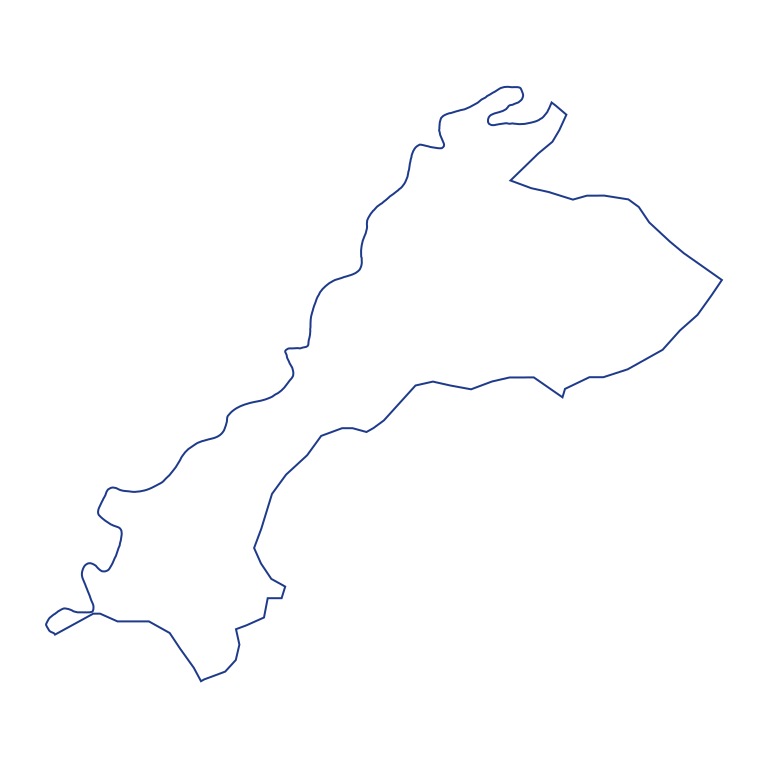 outline of Manpho City, Chagang-do, North Korea
{"feature_id": "82179303B45279105584010", "entity_name": "Manpho City", "entity_type": "district", "adm_level": 2, "iso_a3": "PRK", "parent_name": "North Korea", "parent_adm1": "Chagang-do", "projection": "albers", "projection_center": [126.267, 41.163], "detail": "fine", "context": "isolated", "style": "outline", "palette": "blue", "viewbox_px": 768, "rotation_deg": 0, "n_neighbors": 0, "source": "geoboundaries", "source_scale": "gbopen_adm2", "svg_char_len": 6021}
<svg xmlns="http://www.w3.org/2000/svg" viewBox="0 0 768 768"><path d="M711.4,295.5L721.9,280.0L683.8,253.2L669.9,241.6L649.2,222.4L638.8,207.0L628.4,199.4L604.2,195.6L586.8,195.7L572.9,199.6L548.6,192.0L531.3,188.2L510.5,180.5L538.4,153.4L552.4,141.8L559.3,130.2L566.4,114.7L555.7,105.6L551.6,102.5L549.1,108.4L548.1,110.2L547.3,112.0L545.8,113.9L543.3,116.9L541.8,118.2L540.4,118.9L538.7,120.1L536.2,121.2L533.6,122.0L531.2,122.6L524.7,123.9L520.6,124.1L518.7,124.1L513.7,123.6L512.6,123.4L509.4,123.8L507.5,123.4L506.0,123.2L498.4,124.3L494.3,125.1L491.7,125.1L490.6,124.7L489.1,123.9L488.2,122.5L488.0,121.3L488.0,120.3L488.1,119.2L488.8,117.2L490.1,115.6L491.3,114.8L494.3,113.5L496.0,113.0L498.6,112.3L502.7,111.0L504.6,110.0L506.3,109.0L507.0,108.1L507.8,107.3L508.3,106.4L508.9,105.8L510.0,105.2L512.8,104.7L514.1,104.0L518.4,102.4L521.1,100.2L522.1,98.9L522.8,97.1L523.1,95.8L523.1,94.6L522.7,93.2L521.3,89.6L520.6,88.3L519.7,87.6L518.0,87.2L516.3,87.1L511.6,87.2L508.1,86.8L506.3,86.9L504.4,87.0L500.8,88.0L499.5,88.7L494.5,91.9L493.0,92.6L490.0,94.5L487.2,96.0L485.5,97.5L481.6,99.5L477.6,102.8L469.7,107.1L464.6,109.3L460.4,110.2L458.5,110.8L456.8,111.2L451.0,113.0L449.1,113.3L446.9,114.1L445.0,114.9L443.1,116.0L441.1,118.0L440.7,119.2L440.0,121.6L439.7,123.1L439.6,124.7L439.4,127.1L439.4,128.6L439.1,130.3L439.6,131.9L440.2,135.0L443.9,143.7L444.1,145.0L443.8,146.3L443.2,147.1L441.9,148.1L440.9,148.3L438.1,148.2L430.4,147.0L428.5,146.4L425.4,145.7L423.9,145.3L421.0,144.7L419.6,144.7L417.3,146.0L416.3,146.8L415.2,147.9L414.2,149.4L413.2,151.2L412.5,153.0L411.7,155.2L411.4,157.3L410.7,159.5L410.4,161.5L409.9,163.5L409.0,169.8L408.4,171.7L408.1,173.6L407.5,176.7L406.7,178.7L405.8,180.9L405.1,182.4L404.2,183.9L402.0,186.8L400.5,188.3L399.5,188.9L398.2,190.2L394.7,192.9L393.5,193.9L390.6,195.9L389.8,196.5L387.9,198.3L385.2,200.6L384.3,201.2L381.9,203.3L380.4,204.2L377.1,206.6L375.1,208.8L374.1,210.0L373.1,210.8L370.6,214.0L368.5,217.5L367.2,220.3L367.1,221.7L366.9,223.2L366.9,224.9L367.1,226.6L366.9,228.5L365.7,233.3L364.9,235.2L364.0,237.4L362.7,240.9L362.3,242.7L361.9,244.4L361.6,246.0L361.1,250.2L361.1,252.5L361.2,256.8L361.6,257.5L361.7,258.9L361.8,262.9L361.7,263.8L361.3,265.8L360.9,267.0L360.2,268.6L359.6,269.7L358.2,271.1L356.2,272.6L355.0,273.3L352.6,274.4L350.3,275.2L345.5,276.7L344.4,276.9L341.8,277.9L335.6,279.8L334.8,280.1L332.8,281.1L331.7,281.8L329.5,283.0L326.7,285.2L325.5,286.2L322.7,288.9L320.1,292.2L318.7,295.0L317.5,297.0L316.5,299.3L315.4,302.6L314.1,305.9L313.1,309.1L312.7,310.8L312.2,312.3L311.2,316.1L310.9,317.9L310.7,319.7L310.5,323.5L310.5,327.0L310.2,329.2L310.3,330.9L310.0,334.8L309.4,337.9L308.8,339.9L308.5,342.3L308.3,344.6L308.1,345.2L307.5,346.1L306.1,346.9L302.6,347.6L300.3,348.3L300.0,348.4L297.6,348.1L292.6,348.4L291.4,348.4L289.2,348.4L288.2,348.6L286.2,349.8L285.7,350.3L285.3,350.9L285.2,351.4L285.3,352.2L286.4,354.4L286.7,355.3L286.9,356.8L287.3,358.2L288.9,361.4L289.6,363.2L292.1,367.5L292.4,368.2L292.6,369.2L293.0,370.6L293.3,372.1L293.3,374.1L293.1,375.7L292.7,376.6L292.1,377.5L291.7,378.2L289.6,380.6L287.6,383.3L286.0,385.4L285.5,386.0L284.5,387.4L281.4,390.5L280.5,391.2L279.6,391.9L278.0,393.1L275.3,394.5L272.3,396.6L270.2,397.6L268.2,398.4L265.5,399.4L262.7,400.2L260.4,400.8L253.7,402.1L249.8,403.0L244.2,404.7L240.2,406.3L236.7,408.1L234.1,409.8L231.8,411.6L230.3,413.1L228.1,415.6L227.6,416.4L227.3,417.1L227.1,418.7L226.9,421.5L225.8,425.5L224.2,429.9L223.6,431.0L222.7,432.3L221.4,433.8L219.8,435.2L219.0,435.7L217.3,436.7L215.5,437.5L213.4,438.2L208.5,439.4L203.2,440.9L202.2,441.1L197.6,442.9L195.9,443.9L192.1,446.5L188.3,449.1L185.1,452.3L182.7,455.5L181.6,457.1L181.0,458.1L180.6,459.1L179.6,460.9L175.7,467.3L171.6,472.5L170.9,473.3L169.8,474.8L166.0,478.4L163.1,481.5L161.5,482.7L154.7,486.3L151.3,488.0L149.2,488.9L146.5,489.9L144.3,490.5L139.8,491.4L134.7,491.9L132.2,491.8L129.4,491.4L124.0,490.9L122.0,490.5L120.5,490.1L119.0,489.5L116.2,488.1L115.4,487.9L112.8,487.5L112.0,487.6L110.6,488.0L108.0,489.5L107.5,490.2L106.6,491.7L106.0,493.3L105.4,495.1L104.2,497.4L103.5,498.5L102.6,500.5L102.1,501.3L99.0,507.9L98.5,509.2L98.1,511.2L98.1,513.1L98.3,513.8L98.8,515.0L99.3,515.5L101.2,517.4L102.6,518.6L105.4,520.8L108.9,523.1L111.0,524.5L112.1,524.9L113.0,525.4L118.6,527.4L120.1,528.5L120.9,529.7L121.4,530.7L121.7,533.2L121.7,534.3L121.4,536.4L120.8,540.4L120.0,543.3L119.6,545.7L118.7,547.6L115.9,556.0L114.7,558.2L113.0,562.2L112.0,564.3L109.6,568.4L108.6,569.7L107.8,570.3L107.0,570.7L105.7,571.2L104.9,571.4L103.5,571.4L102.4,571.3L101.7,571.1L100.1,570.1L98.8,569.0L97.5,567.7L96.2,566.2L95.8,565.7L93.5,564.3L92.1,563.7L90.5,563.2L88.8,563.3L88.1,563.4L86.7,564.1L85.4,565.0L84.3,566.3L83.6,567.5L82.9,569.1L82.1,571.8L81.9,573.5L81.9,575.2L82.3,577.3L82.9,579.0L85.6,585.5L85.9,586.5L86.7,588.3L87.0,589.1L87.3,589.8L87.9,591.5L88.6,593.0L88.9,594.0L89.4,595.0L91.3,600.5L91.7,601.3L92.5,603.1L93.1,604.6L93.4,605.8L93.5,606.9L93.4,609.2L92.9,610.9L92.5,611.4L92.2,611.7L89.8,612.3L86.2,612.4L85.3,612.3L84.1,612.4L82.2,612.3L77.5,612.3L76.1,612.0L73.4,611.3L72.2,610.5L70.6,609.8L68.3,609.0L64.9,608.4L63.7,608.5L63.1,608.7L61.1,609.6L59.0,610.9L58.3,611.2L56.9,612.4L55.3,613.5L54.5,614.2L53.9,614.4L52.5,615.5L49.8,617.7L49.2,618.4L48.4,619.6L47.2,621.8L46.2,623.9L46.1,624.5L46.1,625.0L47.1,627.1L47.9,628.3L48.9,630.1L49.6,631.0L50.9,631.9L53.3,632.9L53.9,633.2L54.4,633.7L55.0,634.6L93.2,613.7L100.2,613.7L117.5,621.4L148.9,621.4L169.7,633.0L180.0,648.5L193.8,667.8L201.0,681.2L204.2,679.4L225.2,671.6L235.8,660.0L239.4,644.6L236.0,629.2L246.5,625.3L264.0,617.5L267.7,598.2L281.6,598.2L285.2,586.6L271.3,578.9L261.0,563.5L254.1,548.0L261.3,528.7L272.0,493.9L286.1,474.6L307.1,455.3L321.2,435.9L342.1,428.2L352.6,428.2L366.5,432.0L373.4,428.1L383.9,420.4L415.5,385.5L432.9,381.6L450.3,385.5L471.1,389.3L492.0,381.5L509.4,377.5L533.8,377.4L562.5,397.3L565.0,388.9L589.4,377.2L603.4,377.2L627.7,369.3L662.6,349.8L680.0,330.4L697.5,314.9L711.4,295.5Z" fill="none" stroke="#1e3a8a" stroke-width="2"/></svg>